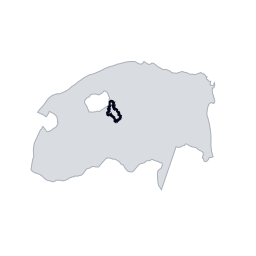 Mangaung, Free State, South Africa shown in context, rotated 202°
{"feature_id": "47623444B22599792684232", "entity_name": "Mangaung", "entity_type": "district", "adm_level": 2, "iso_a3": "ZAF", "parent_name": "South Africa", "parent_adm1": "Free State", "projection": "albers", "projection_center": [26.542, -29.381], "detail": "fine", "context": "in_parent", "style": "outline", "palette": "ink", "viewbox_px": 256, "rotation_deg": 202, "n_neighbors": 0, "source": "geoboundaries", "source_scale": "gbopen_adm2", "svg_char_len": 7018}
<svg xmlns="http://www.w3.org/2000/svg" viewBox="0 0 256 256"><g transform="rotate(202 128 128)"><path d="M177.5,50.0L183.7,49.3L186.5,49.9L189.7,51.3L192.8,51.9L198.1,51.6L199.9,51.9L201.3,52.4L202.3,53.1L203.6,58.4L204.7,64.0L204.6,65.8L204.7,66.5L206.1,68.9L206.6,70.4L207.4,71.7L209.0,77.7L209.2,78.8L208.5,93.2L207.7,94.9L207.9,97.2L207.0,97.4L202.1,94.3L201.2,94.4L199.7,95.4L198.3,97.1L197.6,98.5L194.9,102.3L194.7,104.7L194.8,106.9L195.6,107.0L196.2,108.5L197.5,111.0L199.7,112.7L201.9,113.4L204.8,113.8L207.2,113.8L207.2,112.2L207.9,107.8L211.8,108.5L217.7,108.7L217.1,111.5L214.7,117.9L213.0,125.2L211.1,128.8L210.0,130.2L207.1,132.8L205.6,133.6L204.3,133.9L199.3,139.1L197.4,141.7L195.7,145.4L194.1,147.5L191.6,151.9L187.4,158.4L183.9,162.6L182.4,163.8L181.4,164.4L178.7,166.8L174.8,170.8L171.9,174.3L167.6,178.3L165.1,180.1L161.4,183.5L160.4,184.0L156.2,187.3L153.2,189.2L148.4,191.5L146.5,192.2L142.0,191.6L140.1,191.9L138.5,193.3L138.4,195.3L137.8,195.6L133.6,194.7L131.9,194.9L130.9,196.0L130.1,197.3L127.7,197.4L123.5,196.1L118.5,195.4L117.3,195.3L114.9,196.4L114.1,196.6L110.5,196.5L108.6,195.9L106.7,195.9L105.3,196.5L103.6,196.8L99.0,200.7L96.6,200.8L94.6,201.3L90.8,201.0L89.8,201.3L88.7,202.0L86.2,202.4L85.3,203.0L81.2,206.7L79.5,206.4L77.3,206.5L74.7,204.8L73.7,205.0L74.0,204.4L74.0,203.5L73.0,202.5L72.1,202.7L71.5,201.9L70.0,201.9L68.8,202.2L68.3,199.1L67.7,198.8L66.2,198.8L65.5,199.0L65.2,199.3L64.8,200.1L65.0,202.3L64.4,201.7L63.7,200.4L63.4,199.0L63.5,197.3L64.6,196.6L64.1,194.5L62.1,191.0L61.0,190.3L60.0,188.5L59.1,187.9L58.7,186.6L57.7,185.7L57.3,184.0L57.7,183.0L58.4,182.5L59.2,183.2L60.1,182.9L61.3,181.6L62.0,179.7L61.8,176.8L61.5,175.0L60.1,170.4L59.5,169.4L56.9,166.2L53.8,161.9L49.8,155.1L47.8,151.0L44.5,142.6L41.9,137.9L38.7,133.6L38.3,133.4L38.7,132.8L40.1,131.6L40.7,131.3L41.1,131.4L41.5,131.1L41.7,130.3L41.8,128.7L42.4,127.0L43.0,126.2L44.3,125.6L45.4,126.1L45.8,126.7L46.1,127.5L46.5,127.9L47.3,127.8L47.8,128.3L48.2,129.3L48.2,130.0L47.8,130.5L47.9,131.1L48.5,131.9L49.2,133.5L52.0,134.1L53.5,134.1L55.0,134.4L56.4,135.1L58.7,135.1L61.8,134.5L64.4,134.5L66.4,135.1L67.9,135.1L68.8,134.6L69.1,133.9L69.0,133.1L69.4,132.5L70.4,132.2L71.2,131.5L71.7,130.4L73.1,129.4L75.3,128.6L76.4,128.6L73.9,83.3L78.1,86.2L79.2,87.6L81.4,91.7L83.7,96.8L84.2,99.4L84.1,99.9L82.2,103.4L82.2,105.1L82.5,107.1L83.1,108.1L83.7,108.4L85.1,107.8L87.3,108.2L91.6,107.8L93.7,108.0L94.2,107.8L94.7,107.4L95.2,106.1L95.7,105.7L97.6,105.1L98.5,104.4L99.8,102.0L103.9,98.7L104.3,97.9L106.7,90.3L107.5,89.2L108.7,88.4L111.0,87.8L112.4,88.0L113.9,88.7L115.6,89.7L118.1,91.7L119.0,92.0L121.5,92.0L123.0,93.4L127.7,94.2L129.1,94.1L130.5,93.4L132.9,93.4L135.4,92.8L137.0,91.5L140.0,83.2L140.3,81.4L140.6,80.9L143.1,79.9L146.1,79.2L146.7,78.8L148.6,76.5L151.0,74.6L152.8,68.0L153.9,66.5L154.6,65.8L155.0,65.8L155.7,65.4L156.5,64.6L157.5,64.1L158.6,63.9L159.4,63.4L159.7,62.5L160.3,62.1L161.1,62.1L161.6,61.8L161.7,61.3L163.6,59.9L163.7,59.3L164.7,57.9L166.9,55.7L168.8,54.5L170.7,54.3L174.1,53.2L175.4,52.2L176.2,50.8L177.5,50.0ZM170.1,147.5L173.0,146.5L175.1,145.0L175.6,142.3L177.3,140.7L177.9,139.2L178.4,137.1L177.5,134.8L176.2,134.1L173.8,132.2L172.8,130.9L171.3,129.7L170.3,128.4L168.6,128.8L166.0,129.8L164.4,130.8L163.1,131.9L160.6,132.7L158.3,136.3L157.6,137.2L155.8,139.8L153.2,141.1L153.2,141.6L154.0,143.8L155.2,145.9L156.4,147.7L156.3,148.8L156.7,149.7L157.8,150.3L159.7,152.5L160.6,153.2L163.4,153.8L163.8,153.6L164.6,152.3L164.7,151.4L166.7,148.6L167.5,147.7L170.1,147.5Z" fill="#d9dde1" stroke="#a8b0b8" stroke-width="1"/><path d="M139.1,132.2L139.0,132.9L139.1,133.1L138.8,133.5L139.3,133.7L138.9,134.4L139.0,134.4L139.0,134.6L139.0,134.8L139.3,134.8L139.2,135.1L139.4,135.5L139.1,135.6L139.1,135.8L139.1,135.7L139.1,135.8L139.1,136.2L139.3,136.2L139.5,136.2L139.7,136.3L139.6,136.6L139.8,136.6L140.1,136.3L140.4,136.6L140.8,136.5L140.9,136.9L140.9,137.1L141.3,137.1L141.5,137.0L141.6,136.9L141.8,136.8L141.9,137.2L142.0,137.2L142.1,137.6L141.9,137.8L141.4,137.9L141.5,138.2L141.6,138.4L142.2,138.5L142.2,138.9L142.3,138.9L142.5,138.8L142.7,139.3L142.9,139.3L142.9,139.1L143.0,139.2L143.0,139.3L143.3,139.2L143.3,139.3L143.4,139.0L143.6,139.2L144.3,139.3L144.6,139.5L144.8,139.8L144.8,140.1L144.9,140.8L145.5,140.9L145.7,141.0L145.8,140.9L146.1,141.0L146.2,140.6L146.4,140.5L146.8,140.6L147.0,140.5L147.2,140.8L147.3,140.7L147.4,140.4L147.5,140.5L147.8,140.4L147.8,140.5L147.8,140.8L147.8,141.1L147.7,141.2L147.8,141.3L147.7,141.4L147.9,141.5L147.9,141.4L148.6,141.2L148.9,141.1L149.0,141.2L148.9,141.3L148.7,141.5L148.5,142.0L148.8,142.2L148.8,142.3L149.0,142.2L149.0,142.4L149.2,142.1L149.5,141.9L149.6,142.2L149.8,142.1L150.0,142.2L150.3,142.5L150.2,142.5L150.0,143.3L149.8,143.8L150.1,144.3L150.3,144.3L150.5,144.4L150.4,144.5L150.5,144.6L150.4,144.7L150.6,144.9L150.7,145.1L150.5,145.3L150.5,145.5L150.7,145.3L151.0,145.5L151.0,145.8L151.1,146.0L150.9,146.0L150.7,146.0L151.0,146.4L152.0,147.1L152.5,147.1L152.6,146.6L152.9,146.7L153.3,146.8L153.3,146.7L153.6,146.4L153.9,146.2L153.6,146.1L154.0,145.9L154.2,146.1L154.3,145.8L154.7,145.7L154.9,145.5L153.7,142.4L153.3,142.1L153.0,141.8L152.9,141.7L152.8,141.4L152.9,141.1L153.0,141.0L153.2,141.3L153.3,141.2L153.3,140.9L153.5,140.9L153.5,141.0L153.6,140.9L153.8,140.8L153.7,140.7L153.9,140.6L154.0,140.5L154.0,140.3L153.8,140.2L153.5,140.3L153.4,140.1L153.3,139.8L152.8,139.9L152.7,139.8L152.4,139.4L152.7,139.0L152.4,138.9L152.2,138.7L152.8,138.3L153.0,138.5L153.4,138.8L153.4,138.7L153.5,138.5L153.5,138.4L153.7,138.2L153.4,137.9L153.2,137.6L152.9,137.8L152.9,138.1L152.4,138.0L152.2,138.1L152.2,137.8L152.2,137.7L151.9,137.3L152.0,137.3L152.1,136.9L152.1,137.0L152.2,136.6L151.9,136.5L152.0,136.3L151.8,136.1L151.7,136.0L151.8,135.9L151.7,135.7L151.8,135.6L152.1,135.5L152.3,135.3L152.3,135.2L152.8,135.0L152.8,134.8L152.7,134.7L152.9,134.4L153.1,134.4L153.1,134.1L152.9,134.0L152.8,133.9L152.6,133.7L152.3,133.7L152.2,133.5L152.0,132.9L152.1,132.6L151.7,132.4L151.5,132.6L150.7,132.5L150.0,133.4L150.3,133.5L150.0,133.9L150.0,134.0L149.9,134.1L149.7,134.3L149.6,134.5L149.6,134.3L149.3,134.2L149.1,134.5L149.0,134.3L148.8,134.2L148.7,134.1L148.5,133.4L148.4,133.5L148.2,133.2L147.8,133.1L147.5,133.4L147.4,133.2L147.2,133.1L146.9,132.7L146.5,132.9L146.5,133.3L146.2,133.2L145.9,133.0L145.8,132.9L145.7,132.9L145.8,132.7L145.8,132.4L145.5,132.2L145.1,132.7L144.9,132.6L144.7,132.5L144.7,132.3L144.6,132.2L144.4,131.9L144.2,131.8L144.1,131.7L143.9,131.6L144.0,131.5L143.9,131.4L143.9,131.5L143.7,131.5L143.5,131.4L143.4,131.2L143.5,131.1L143.4,131.0L143.2,131.1L142.9,131.0L142.8,130.9L142.7,130.7L142.9,130.6L143.4,130.4L143.1,129.8L142.9,129.2L142.7,129.2L142.2,129.1L142.3,129.3L142.0,129.9L142.2,130.2L142.3,130.3L142.2,130.4L142.2,130.5L142.1,130.9L141.6,131.0L141.0,131.2L141.3,130.4L141.2,130.4L141.1,130.6L140.9,130.4L140.8,130.6L140.5,130.4L140.5,130.5L140.4,130.7L140.3,131.1L140.3,131.8L139.8,131.6L139.7,132.1L139.3,132.1L139.2,132.2L139.1,132.3L139.1,132.2Z" fill="none" stroke="#020617" stroke-width="2"/></g></svg>